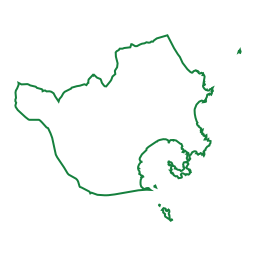 outline of Cam Ranh, Khánh Hòa, Vietnam
{"feature_id": "81297802B88990967828920", "entity_name": "Cam Ranh", "entity_type": "district", "adm_level": 2, "iso_a3": "VNM", "parent_name": "Vietnam", "parent_adm1": "Khánh Hòa", "projection": "mercator", "projection_center": [109.22, 11.898], "detail": "fine", "context": "isolated", "style": "outline", "palette": "green", "viewbox_px": 256, "rotation_deg": 0, "n_neighbors": 0, "source": "geoboundaries", "source_scale": "gbopen_adm2", "svg_char_len": 5902}
<svg xmlns="http://www.w3.org/2000/svg" viewBox="0 0 256 256"><path d="M55.8,154.6L57.2,157.3L64.0,167.4L67.6,173.4L68.7,174.6L76.0,178.7L77.2,179.9L78.1,181.5L79.6,186.5L80.0,187.0L81.3,187.4L89.0,191.4L89.7,191.9L90.3,193.4L91.6,192.7L97.4,194.8L105.1,195.3L108.3,195.2L114.8,194.4L138.4,190.3L146.5,189.7L150.4,189.9L149.8,189.5L149.3,188.6L148.2,188.0L146.3,188.2L146.3,188.8L145.5,189.1L143.5,188.7L141.2,186.6L140.6,184.6L140.5,182.4L140.7,179.9L141.5,178.1L141.1,177.5L141.6,176.9L142.4,177.1L143.2,176.7L142.7,175.9L140.7,175.1L140.2,174.2L139.3,174.0L139.3,173.3L139.7,172.3L139.4,171.2L138.7,170.4L138.1,168.6L138.2,168.1L138.6,168.1L138.1,167.6L138.2,166.6L139.1,164.4L140.9,162.0L141.5,162.0L142.3,161.5L140.9,161.7L140.2,160.9L139.6,159.3L139.8,158.1L141.9,154.4L146.4,150.1L146.6,148.6L148.5,146.9L156.7,141.4L157.1,141.5L158.0,140.6L159.6,140.0L163.2,139.2L165.9,139.3L167.9,140.2L168.5,141.2L168.6,142.4L168.9,142.5L170.0,140.5L170.6,140.1L173.3,140.0L173.5,140.5L174.2,140.1L176.1,140.5L180.4,143.8L181.4,144.0L182.4,146.3L181.6,147.4L181.8,148.8L182.4,148.7L183.2,149.3L183.9,150.7L185.3,150.8L185.7,151.4L186.8,152.1L187.3,152.8L187.1,153.1L187.9,152.8L188.4,153.1L188.5,153.5L187.6,154.1L187.7,154.4L187.2,155.1L187.3,156.6L186.7,158.1L187.3,159.5L187.9,159.9L187.8,161.0L189.2,160.4L189.5,159.5L190.2,158.9L190.2,158.7L189.4,158.5L189.7,157.1L189.3,155.4L190.8,154.7L192.3,152.2L194.3,151.3L195.8,151.4L196.6,152.2L196.7,152.8L196.4,153.2L196.9,153.2L197.7,154.5L198.1,154.7L198.9,153.9L199.8,154.0L200.5,153.1L201.9,153.6L202.1,154.5L202.6,154.1L203.9,154.0L204.3,153.3L203.7,153.0L204.1,151.8L203.7,151.6L204.4,150.5L205.5,149.9L205.7,148.6L207.3,146.6L209.4,145.5L209.4,144.7L210.4,143.2L210.6,141.1L209.0,140.6L208.0,140.7L208.2,139.1L207.6,139.4L204.7,139.5L205.2,138.5L206.5,137.1L206.4,135.2L204.9,136.1L203.6,135.7L203.4,135.3L203.7,135.1L203.8,134.4L203.3,134.0L202.9,134.1L202.8,133.7L202.3,133.8L202.4,133.1L201.8,132.3L201.4,132.6L200.8,132.1L200.9,131.6L202.4,130.8L202.6,130.0L202.1,130.3L201.6,129.6L200.9,129.7L201.2,128.5L198.8,126.7L198.6,125.8L197.7,125.5L197.1,124.4L196.9,123.5L197.5,122.7L196.7,121.4L195.5,117.7L194.8,114.0L194.6,110.6L194.7,109.1L196.5,104.6L199.3,101.6L201.7,100.6L203.5,101.1L203.7,101.6L203.3,102.2L204.8,102.0L204.9,101.1L205.4,101.6L205.9,101.6L206.1,101.0L205.6,100.1L206.0,99.4L205.9,98.6L206.7,97.4L207.3,94.7L208.5,94.1L209.1,94.7L209.8,93.7L211.2,94.7L212.0,92.9L211.5,91.8L212.8,91.1L212.8,90.5L211.8,90.4L211.8,89.7L212.7,87.7L211.9,88.1L211.8,88.5L211.0,89.0L210.0,89.2L209.2,90.4L208.0,90.6L206.8,90.2L206.8,89.6L205.8,89.9L204.5,88.8L203.5,87.4L203.1,86.6L203.1,85.3L203.6,84.9L204.5,85.0L204.9,84.5L204.5,83.9L203.9,84.3L203.5,83.9L203.5,83.1L204.4,81.6L204.3,81.4L203.8,81.6L204.6,76.7L204.1,75.2L202.6,75.1L203.2,73.7L203.0,73.1L202.3,73.3L201.4,72.8L199.8,73.6L198.9,73.2L198.2,72.3L198.4,72.0L198.0,71.9L197.8,71.0L197.4,70.9L196.8,71.2L196.3,70.9L196.4,70.6L195.8,70.3L193.6,71.2L192.4,72.6L191.9,72.7L190.4,72.0L187.4,69.2L182.6,62.9L179.9,57.0L177.8,54.2L174.0,48.1L167.4,35.3L156.8,38.4L154.0,40.4L152.9,41.7L151.4,41.5L150.3,42.4L148.9,42.7L146.4,42.3L144.6,43.3L142.0,43.7L140.0,44.5L137.0,46.1L135.1,46.1L132.1,44.3L131.3,44.2L130.3,47.3L124.3,48.0L122.4,48.7L119.7,48.7L118.7,50.1L116.7,51.2L115.7,52.4L115.9,56.6L117.6,63.3L117.1,67.3L115.1,70.4L114.9,71.1L115.3,74.1L112.5,76.5L111.3,79.8L110.4,81.2L106.2,86.4L104.6,86.2L103.6,85.1L101.9,82.8L101.0,80.0L100.4,79.0L97.1,77.7L94.0,74.8L93.3,75.6L92.8,75.0L88.7,79.4L88.4,80.4L88.3,82.9L87.8,83.0L86.4,85.1L84.6,84.3L83.9,84.4L79.9,85.7L76.8,86.2L71.6,87.7L71.1,88.6L64.7,91.8L63.3,93.3L61.5,96.6L59.5,98.9L58.6,101.5L55.2,96.4L53.6,93.3L51.4,91.8L49.6,91.3L46.5,91.4L45.2,90.5L44.0,90.6L42.6,91.2L42.4,89.8L41.8,89.2L37.0,87.9L35.7,86.7L30.2,85.4L28.6,84.5L27.4,84.1L21.5,84.4L18.5,82.9L18.7,83.8L18.5,85.1L17.1,88.5L15.9,90.5L15.5,92.6L16.0,97.9L15.4,99.5L15.4,101.3L16.2,102.7L15.4,105.4L15.7,107.0L17.8,110.1L25.3,117.0L28.5,119.5L29.4,119.8L38.9,119.8L40.2,120.6L42.0,122.4L46.5,127.4L48.1,128.2L50.5,133.3L52.2,137.9L55.8,154.6ZM169.0,161.4L168.6,161.5L168.3,162.4L168.8,163.6L168.5,164.5L169.3,165.3L170.2,164.9L171.5,166.0L170.9,168.4L171.7,169.4L171.1,170.3L170.2,170.4L170.5,170.7L171.2,170.7L170.7,171.9L171.1,172.9L171.4,173.1L171.8,172.8L172.6,172.8L172.9,173.4L172.7,173.9L173.5,174.3L173.7,175.2L175.8,176.4L177.0,176.1L178.0,177.2L178.5,178.2L181.0,177.8L181.8,177.4L181.8,176.2L181.2,175.5L180.9,174.4L181.9,173.3L183.5,173.5L184.9,174.5L185.5,174.3L185.8,174.9L186.7,174.2L187.2,174.4L187.7,174.2L188.6,174.6L189.2,174.2L189.8,173.4L189.8,172.5L190.5,172.3L190.0,171.6L190.6,171.7L190.4,170.5L189.7,169.5L188.6,169.4L187.2,168.4L186.8,168.4L186.3,167.6L187.0,166.1L188.4,164.0L187.5,162.2L186.5,161.8L186.1,162.0L186.0,162.4L185.1,162.1L183.8,162.5L183.1,164.6L183.6,166.1L183.3,166.8L184.2,167.4L184.2,168.7L182.1,170.6L180.8,171.0L179.8,169.9L178.0,169.8L176.3,169.0L176.3,168.6L174.9,168.5L175.3,167.4L174.6,166.3L173.1,166.0L171.7,162.8L171.2,162.4L170.2,162.3L169.0,161.4ZM163.8,208.5L163.6,208.2L163.1,208.5L162.0,210.0L162.9,210.2L163.2,211.1L163.2,212.5L164.9,213.8L165.1,214.4L164.8,214.9L165.2,216.5L168.1,218.5L169.3,218.3L169.6,217.7L169.4,215.1L169.0,214.9L168.7,213.4L169.4,211.9L169.2,210.3L168.5,209.6L168.0,210.1L167.5,210.2L167.1,211.0L166.4,210.9L165.8,210.5L165.6,208.8L164.9,208.4L163.8,208.5ZM240.0,50.7L239.9,50.0L239.3,51.0L239.2,50.7L238.9,50.8L238.5,52.1L238.9,51.8L239.3,52.4L240.2,52.8L240.6,51.7L240.3,50.7L240.0,50.7ZM171.6,219.4L169.5,219.5L170.7,220.7L172.1,219.9L172.0,219.6L171.6,219.4ZM156.0,187.4L155.3,185.6L154.4,186.1L154.4,186.7L156.0,187.4ZM183.7,152.3L184.0,151.6L183.2,150.9L182.6,152.0L183.7,152.3ZM204.2,154.3L203.5,154.4L203.1,154.7L203.8,155.8L204.4,154.6L204.2,154.3ZM159.6,205.8L159.9,205.0L159.3,204.7L159.0,205.1L159.1,205.4L159.6,205.8Z" fill="none" stroke="#15803d" stroke-width="2"/></svg>